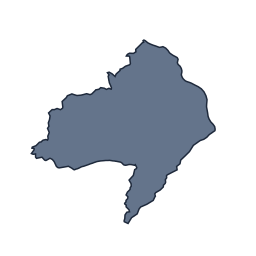 the district of Kamiji, Kasaï-Oriental, Democratic Republic of the Congo, rotated 202°
{"feature_id": "63176286B35852451405101", "entity_name": "Kamiji", "entity_type": "district", "adm_level": 2, "iso_a3": "COD", "parent_name": "Democratic Republic of the Congo", "parent_adm1": "Kasaï-Oriental", "projection": "albers", "projection_center": [23.257, -6.688], "detail": "fine", "context": "isolated", "style": "filled", "palette": "slate", "viewbox_px": 256, "rotation_deg": 202, "n_neighbors": 0, "source": "geoboundaries", "source_scale": "gbopen_adm2", "svg_char_len": 3599}
<svg xmlns="http://www.w3.org/2000/svg" viewBox="0 0 256 256"><g transform="rotate(202 128 128)"><path d="M144.7,215.4L146.2,215.5L146.8,214.6L145.6,213.3L146.1,212.9L146.6,212.5L147.9,209.3L150.3,203.8L149.6,202.3L149.2,201.6L150.0,200.5L150.9,199.2L153.5,198.3L154.5,198.0L155.8,196.6L156.5,194.9L156.5,194.1L154.2,195.0L153.4,194.9L152.7,193.9L151.5,191.6L149.9,188.6L150.1,187.3L153.5,184.3L154.3,183.0L155.5,181.1L157.0,179.9L157.4,179.5L156.9,178.4L157.1,178.1L157.1,177.9L159.2,173.7L159.3,171.1L159.3,170.9L163.1,172.3L166.4,172.7L167.8,171.6L166.8,170.9L166.7,170.9L165.5,170.1L165.8,168.6L163.4,164.7L163.2,164.5L162.2,162.9L159.6,160.4L159.4,160.1L158.4,159.1L158.1,157.9L158.1,157.7L158.6,157.6L160.5,157.7L162.5,155.7L164.1,155.9L164.8,156.0L168.4,155.2L169.5,153.0L170.8,152.2L171.0,152.0L172.1,151.4L172.6,150.0L172.7,149.8L174.4,145.9L175.3,145.1L175.7,144.7L177.6,144.5L179.2,144.3L180.7,143.2L180.8,143.1L183.8,140.9L187.5,139.0L190.7,138.7L192.8,138.6L195.2,136.2L195.4,136.1L196.3,135.2L196.6,133.0L196.8,132.6L196.9,132.4L199.0,127.9L196.5,123.4L196.3,123.1L196.1,121.8L197.5,119.7L201.1,119.5L202.9,117.7L203.2,117.4L204.3,117.0L204.4,116.9L205.2,116.7L207.3,112.2L204.8,110.0L204.2,107.6L203.9,106.1L203.8,102.9L202.0,100.0L202.4,97.9L202.5,97.6L199.4,94.4L199.3,92.3L199.3,90.4L198.0,88.1L198.1,87.6L198.1,86.6L199.8,86.6L200.4,86.1L202.2,84.9L203.0,83.4L203.3,82.6L204.2,82.0L204.8,81.6L206.7,77.1L209.4,74.6L209.6,74.4L209.5,73.3L207.4,73.8L206.9,72.7L207.6,69.8L208.0,68.1L206.1,68.1L204.0,69.3L202.8,66.4L201.9,65.9L201.5,65.6L196.8,68.7L193.3,67.0L192.0,67.1L191.6,67.5L189.0,70.7L186.4,70.5L183.9,69.2L179.9,65.5L179.1,65.3L178.0,65.0L176.6,65.4L172.7,67.8L171.6,68.5L168.9,70.2L165.1,69.7L162.8,69.1L162.7,69.1L162.0,69.2L160.6,70.6L159.7,71.2L158.6,72.3L157.4,73.7L156.6,74.6L156.0,75.1L154.8,75.9L153.8,76.8L152.4,78.0L150.8,79.4L149.7,80.5L147.6,82.2L146.6,83.2L145.3,84.3L144.3,85.2L141.1,87.2L138.7,88.4L136.6,89.5L134.4,90.4L133.0,91.1L129.5,91.9L128.4,92.3L127.2,92.5L126.6,92.7L122.0,93.6L120.3,93.2L118.9,92.5L117.8,92.2L116.2,92.6L114.8,93.5L113.6,94.4L113.0,94.7L111.3,95.3L109.7,95.6L107.9,95.9L107.5,96.7L105.1,94.7L105.0,93.5L105.3,93.1L106.2,91.9L105.8,89.3L105.3,86.1L105.4,85.6L105.5,85.5L107.5,80.1L104.3,77.6L103.2,75.2L103.6,73.6L103.1,71.8L103.7,70.2L104.5,68.4L104.7,65.2L102.3,64.2L102.1,63.4L101.9,62.2L102.7,60.3L102.6,59.8L102.2,58.7L102.7,57.5L102.9,56.9L102.5,56.3L100.7,55.8L100.6,55.2L100.2,54.2L96.5,52.6L95.2,50.9L97.5,49.5L98.0,47.3L98.2,46.2L97.1,43.0L96.8,40.3L96.3,39.7L92.2,39.5L91.1,46.2L87.3,51.8L87.4,57.0L86.7,59.5L81.9,64.4L80.2,66.7L77.5,70.3L77.2,74.9L77.1,75.0L78.5,77.0L78.1,78.5L74.9,82.6L73.9,84.9L73.2,86.5L73.7,88.4L73.4,89.1L72.8,90.4L72.8,91.8L74.0,94.1L73.5,96.3L74.0,97.3L74.4,98.1L74.1,99.2L72.7,100.8L70.4,103.5L66.8,107.6L68.1,109.9L68.5,110.6L67.8,111.8L66.4,114.3L66.5,114.9L67.1,118.0L64.6,123.5L62.2,129.1L60.9,136.4L56.4,143.4L54.7,144.9L53.5,145.9L51.8,148.4L51.5,148.8L50.2,152.3L46.4,158.1L46.8,159.6L48.2,161.8L50.5,163.3L53.6,164.7L56.2,166.7L58.1,168.8L60.0,172.1L63.1,177.0L63.9,179.2L65.3,183.8L67.8,187.1L71.1,190.0L74.7,191.8L78.4,192.6L82.3,192.9L86.0,193.3L87.9,193.3L89.3,193.2L91.0,193.1L92.6,193.2L94.2,193.8L95.7,194.5L97.0,195.6L98.4,197.1L98.7,198.3L99.0,200.0L99.5,201.3L100.9,203.2L102.9,204.8L105.4,205.7L106.7,207.0L107.0,208.6L107.3,210.5L108.8,211.7L111.1,212.0L113.4,212.2L115.7,212.7L117.6,213.2L119.9,214.8L123.0,216.2L126.1,216.5L127.3,215.6L129.1,214.5L133.1,214.4L135.8,214.2L138.7,214.2L141.5,214.4L144.7,215.4Z" fill="#64748b" stroke="#1e293b" stroke-width="1.5"/></g></svg>